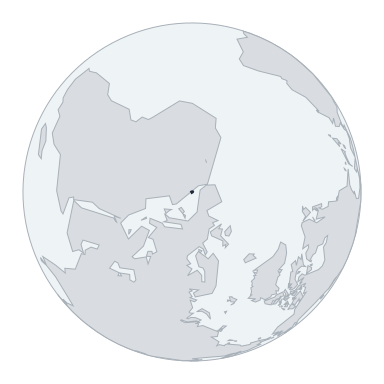 Chlef on an orthographic globe, rotated 155°
{"feature_id": "DZA-2200", "entity_name": "Chlef", "entity_type": "Province", "adm_level": 1, "iso_a3": "DZA", "parent_name": "Algeria", "parent_adm1": "", "projection": "orthographic", "projection_center": [1.303, 36.195], "detail": "fine", "context": "on_globe", "style": "filled", "palette": "slate", "viewbox_px": 384, "rotation_deg": 155, "n_neighbors": 0, "source": "natural_earth", "source_scale": "10m", "svg_char_len": 10095}
<svg xmlns="http://www.w3.org/2000/svg" viewBox="0 0 384 384"><g transform="rotate(155 192 192)"><circle cx="192" cy="192" r="169" fill="#eef3f6" stroke="#a8b0b8"/><path d="M42.3,113.6L43.3,111.8L63.0,82.9L58.7,88.2L68.5,76.7L79.3,66.1L87.4,59.4L100.9,51.3L96.5,54.2L100.3,52.4L105.9,48.7L108.8,46.9L129.3,38.7L148.9,31.5L152.7,29.3L153.8,30.1L159.3,26.6L168.4,24.8L159.6,26.9L159.8,27.3L166.7,25.8L168.5,26.0L172.8,25.5L174.3,26.0L169.0,27.7L169.9,28.2L174.7,27.2L179.2,27.3L172.0,28.7L179.1,29.3L171.7,33.3L151.1,38.2L148.4,42.3L131.0,52.9L134.0,52.9L129.3,57.5L131.0,59.4L127.3,61.2L131.9,61.2L135.0,59.2L138.0,58.6L139.3,59.7L134.8,62.0L133.5,61.9L132.9,63.2L130.0,64.0L132.2,64.2L126.5,67.2L134.0,65.9L131.1,69.7L126.8,71.3L124.9,68.9L110.2,68.2L105.3,69.8L100.4,74.1L96.1,86.5L91.6,89.5L87.4,95.3L90.9,94.4L95.5,89.7L100.9,89.8L105.9,84.5L108.8,84.0L114.8,79.8L116.4,83.0L114.7,88.5L109.8,92.3L108.9,95.0L115.7,93.7L108.5,103.5L107.2,115.2L105.1,117.7L97.2,117.8L92.0,111.4L81.8,113.2L90.9,114.9L85.4,121.8L85.6,124.4L87.4,125.8L90.4,124.4L89.1,127.6L79.5,126.7L80.6,123.8L83.6,123.9L81.2,121.2L74.7,121.4L72.4,125.4L65.1,122.8L63.3,125.7L60.8,127.1L64.0,122.5L58.0,130.9L49.0,131.8L40.7,147.0L46.1,131.5L46.4,126.4L45.9,122.1L44.5,124.5L45.8,116.6L43.7,115.9L37.8,125.2L33.3,136.2L32.3,143.4L34.3,140.6L34.9,144.6L29.5,154.3L29.7,165.0L26.8,174.1L26.2,181.8L27.5,184.8L28.5,191.8L31.0,189.1L34.2,191.0L32.4,199.3L35.6,194.6L36.4,201.4L43.8,210.9L42.8,212.0L48.8,229.7L58.1,242.4L60.2,250.3L58.9,252.9L62.7,256.8L62.8,259.2L80.7,273.7L91.9,284.8L92.9,292.6L86.3,297.3L86.6,311.5L76.4,308.8L78.1,313.5L77.6,316.1L70.9,309.8L73.3,312.2L65.1,303.5L57.5,294.3L50.6,284.5L44.4,274.3L41.2,267.9L38.0,260.9L32.5,247.7L25.4,219.4L25.3,213.8L24.6,208.0L26.8,202.8L27.6,190.3L27.2,186.5L25.9,188.3L25.8,173.7L27.6,162.7L35.9,127.3L42.3,113.6ZM38.1,151.4L38.6,168.2L36.0,163.5L36.9,163.3L37.3,157.9L37.2,150.6L35.6,147.2L38.1,151.4ZM43.6,147.8L43.3,145.6L43.9,147.2L43.6,147.8ZM109.7,46.1L105.9,48.7L100.1,52.1L103.1,49.9L109.7,46.1ZM121.0,40.6L119.6,41.6L115.6,43.0L117.6,42.0L121.0,40.6ZM155.0,28.0L151.5,29.1L154.3,28.1L155.0,28.0ZM173.1,25.4L173.6,25.1L175.6,25.0L173.1,25.4ZM113.6,78.4L114.2,79.1L112.7,79.5L113.6,78.4ZM115.6,76.0L113.5,76.0L114.1,74.9L115.4,74.9L115.6,76.0ZM179.8,25.8L182.9,25.9L178.8,26.0L179.8,25.8ZM118.0,76.3L115.5,73.0L116.7,71.1L122.7,69.7L118.0,76.3ZM184.2,26.2L192.0,26.9L193.6,26.3L193.4,28.9L186.8,27.2L181.5,27.3L184.5,26.8L184.2,26.2ZM135.4,58.1L132.2,60.3L133.7,57.6L135.4,58.1ZM135.6,56.6L135.8,49.9L141.2,47.5L140.0,50.1L146.0,46.5L148.6,48.6L145.8,51.0L141.9,52.1L145.9,52.2L135.6,56.6ZM192.0,30.5L193.1,31.1L190.9,30.8L192.0,30.5ZM139.4,58.2L138.9,56.9L143.6,54.7L145.3,56.9L143.2,56.9L139.4,58.2ZM146.4,44.7L150.1,43.6L153.2,45.0L155.1,44.8L149.1,48.5L146.4,44.7ZM142.8,57.9L146.0,58.1L145.0,60.1L140.1,59.3L142.8,57.9ZM144.0,53.3L146.3,52.4L145.6,53.6L144.0,53.3ZM143.3,68.1L142.6,66.3L145.0,65.0L143.3,68.1ZM147.3,58.0L147.6,57.3L148.5,56.7L150.4,57.3L147.3,58.0ZM151.7,49.3L152.2,50.2L154.3,47.8L156.7,48.9L152.3,51.3L155.2,50.8L155.9,51.1L151.5,52.7L151.7,49.3ZM154.8,56.0L150.0,59.7L150.7,63.1L148.6,64.3L147.9,58.7L154.8,56.0ZM153.3,53.9L153.8,55.4L150.9,56.0L148.8,55.3L153.3,53.9ZM159.9,48.9L157.4,46.6L158.5,46.2L159.9,48.9ZM155.6,56.8L156.7,55.9L156.0,56.9L155.6,56.8ZM159.2,51.1L158.2,50.3L159.4,49.9L159.2,51.1ZM159.9,54.9L158.3,56.0L156.8,55.6L159.9,54.9ZM160.0,53.1L162.0,52.7L157.3,54.7L159.4,52.7L160.0,53.1ZM160.6,50.9L160.9,50.3L160.8,51.3L160.6,50.9ZM166.4,56.2L160.8,58.9L157.5,57.8L163.4,55.3L166.4,56.2ZM236.0,28.9L231.7,28.5L214.5,27.0L222.0,27.5L221.9,28.1L225.6,28.9L230.7,29.5L230.3,29.1L246.8,35.2L262.4,40.8L257.4,37.6L258.4,37.3L271.7,43.1L296.8,59.5L297.1,59.7L302.6,64.2L303.0,64.6L300.0,62.1L306.2,67.8L302.1,64.6L308.9,71.0L310.9,72.4L306.9,68.2L314.5,75.7L315.1,76.3L323.2,85.5L330.6,95.3L337.2,105.7L343.1,116.5L345.9,122.3L346.2,122.8L350.7,134.0L354.4,145.4L354.4,145.5L356.0,151.4L357.2,156.3L356.2,152.3L352.8,142.5L354.2,149.5L352.3,144.4L347.8,139.1L348.8,149.0L351.5,172.9L354.9,187.0L354.5,196.6L346.7,183.7L341.1,172.1L339.5,176.6L330.4,171.4L318.3,182.9L315.4,180.5L313.4,184.4L306.8,184.7L302.0,180.3L298.5,183.2L311.1,194.5L314.7,191.5L316.1,182.6L319.0,187.5L325.3,188.5L322.5,207.7L302.7,234.3L298.9,224.4L273.9,201.4L273.6,197.5L273.4,197.2L273.0,196.5L272.7,203.2L267.7,198.2L283.1,216.2L286.5,224.8L302.5,235.1L301.4,237.5L306.0,238.7L318.2,226.6L318.7,230.2L314.1,250.5L295.4,281.6L296.9,293.5L293.7,304.5L279.7,316.5L278.6,323.1L271.0,328.0L269.0,331.8L261.6,337.4L250.1,343.5L233.1,347.5L233.9,344.8L228.2,340.3L221.0,325.2L227.3,315.8L226.5,308.8L214.0,293.5L216.9,283.2L213.1,279.3L205.5,281.0L200.9,276.1L196.1,276.3L164.8,279.8L154.2,272.2L139.0,248.6L143.8,240.1L142.8,229.1L174.7,192.6L183.6,194.9L211.2,187.8L215.0,188.8L214.1,198.1L236.6,205.3L241.1,196.7L259.2,197.9L269.8,194.0L269.5,176.3L252.1,182.3L246.9,175.2L258.9,163.4L273.7,158.6L272.1,155.7L260.9,152.5L262.3,145.3L256.7,150.9L260.4,153.1L257.0,156.8L253.4,155.1L254.1,152.5L249.1,152.7L247.3,165.6L250.8,169.2L238.9,174.8L243.7,181.6L241.1,185.9L232.1,176.3L231.5,172.0L216.2,162.5L215.7,167.4L230.1,176.9L226.5,176.7L226.0,184.1L223.5,178.3L207.9,167.4L195.9,171.7L183.8,190.4L176.1,192.2L168.1,188.8L169.1,170.6L186.3,168.9L186.9,163.1L180.5,155.1L186.3,155.5L185.8,152.2L192.1,151.3L198.0,142.8L203.9,141.2L203.6,131.3L206.5,129.3L205.9,135.6L208.6,139.5L223.0,136.2L224.9,133.6L223.5,127.5L227.7,127.7L224.5,122.3L231.4,118.0L220.3,118.9L218.4,112.5L221.0,106.6L218.4,104.9L214.0,114.6L214.1,118.4L217.3,121.3L215.7,132.7L211.4,135.4L205.5,124.6L198.7,127.5L197.1,118.4L209.9,96.8L216.6,91.6L233.4,95.5L233.4,99.8L227.4,100.4L235.5,105.3L233.6,102.3L237.0,102.6L236.1,97.1L238.4,97.1L233.4,92.1L236.2,91.5L239.4,94.7L240.3,86.8L245.4,84.5L244.5,82.8L242.0,81.6L250.1,79.9L249.1,78.7L246.0,78.8L241.9,76.6L237.9,72.2L240.9,71.8L242.8,73.4L251.3,76.3L255.8,80.8L256.6,80.3L253.4,76.4L243.1,72.6L239.8,70.2L244.7,71.3L242.7,70.7L242.0,69.3L244.1,67.8L238.7,66.4L227.1,54.0L230.1,50.3L235.8,52.4L230.8,44.8L234.6,42.1L231.8,42.1L227.5,39.0L226.3,39.7L224.6,39.4L213.0,32.9L212.6,31.5L204.5,29.5L203.0,29.6L202.8,30.4L193.4,28.9L193.6,26.3L196.9,26.1L194.8,24.9L202.6,25.0L208.1,24.9L217.9,26.4L221.4,26.5L220.1,26.1L224.0,26.3L235.3,28.7L236.0,28.9ZM166.4,212.3L166.1,215.7L166.1,215.8L166.4,212.3ZM291.3,161.9L298.9,157.8L292.1,149.6L294.5,147.5L291.3,145.7L291.6,149.1L283.3,143.6L285.4,138.6L282.7,134.8L280.0,136.0L277.6,146.1L289.4,153.8L289.1,159.0L291.3,161.9ZM44.1,211.1L44.8,213.8L43.5,212.3L44.1,211.1ZM34.4,166.1L35.1,168.3L35.0,170.7L34.3,169.5L34.4,166.1ZM43.0,183.5L44.4,186.5L42.5,184.8L43.0,183.5ZM38.9,170.6L41.9,181.4L38.2,179.1L36.6,172.4L38.4,175.0L38.9,170.6ZM40.8,151.5L41.0,153.4L40.1,154.5L40.8,151.5ZM44.0,149.1L43.8,148.7L44.2,146.8L44.0,149.1ZM86.0,121.9L86.7,122.0L88.0,124.1L86.3,124.2L86.0,121.9ZM100.2,127.7L97.7,132.7L98.3,129.0L95.5,129.9L93.2,123.5L103.9,118.7L99.4,121.9L100.2,127.7ZM93.1,114.3L93.3,118.5L92.7,114.1L93.1,114.3ZM177.1,136.5L180.1,138.4L179.1,142.2L171.6,145.3L173.0,139.6L177.1,136.5ZM184.6,140.2L180.9,129.3L185.4,127.4L183.5,130.2L186.9,130.0L184.7,134.7L192.7,143.9L192.3,148.0L178.7,150.7L183.3,147.4L180.1,145.6L184.6,140.2ZM163.4,108.7L161.8,105.0L173.6,105.3L173.7,108.8L166.3,111.8L161.8,109.5L163.4,108.7ZM129.0,75.0L127.6,74.3L128.9,73.5L131.0,73.5L129.0,75.0ZM142.8,67.4L136.2,77.7L134.3,77.3L132.8,84.3L127.2,86.1L128.4,81.4L122.9,88.3L121.7,84.7L118.6,89.7L121.8,79.0L120.6,76.4L124.1,78.5L129.3,76.9L131.2,75.4L135.5,69.5L135.4,63.5L140.5,61.3L144.1,61.4L144.9,62.5L141.4,63.5L145.0,64.2L140.5,66.5L142.8,67.4ZM183.9,68.4L179.4,68.2L186.0,71.9L181.5,73.5L182.6,73.8L180.2,76.4L179.1,80.3L176.7,80.6L177.4,82.0L175.8,83.9L175.9,86.0L171.6,87.4L171.3,90.2L169.4,89.3L170.1,93.7L167.7,91.1L165.5,93.6L169.0,94.8L145.9,99.2L138.0,103.7L132.8,109.2L129.4,104.4L132.1,96.6L138.2,88.3L146.2,84.9L143.2,83.6L146.2,81.7L147.3,83.5L147.3,79.6L150.1,78.6L155.4,72.5L153.8,68.0L155.7,65.8L157.7,67.1L158.3,64.1L163.4,65.1L164.9,63.7L171.4,63.5L174.4,67.2L175.9,65.3L180.9,65.4L183.9,68.4ZM168.2,56.3L172.9,59.8L172.7,62.6L161.4,61.8L159.3,62.9L152.0,63.0L152.5,59.1L154.5,59.4L156.6,58.8L155.6,60.3L157.9,58.7L160.8,59.2L163.4,58.1L164.2,59.5L168.2,56.3ZM218.0,184.8L220.7,184.7L224.6,183.6L224.3,188.4L218.0,184.8ZM207.2,177.5L209.5,176.5L211.1,182.4L208.2,182.6L207.2,177.5ZM209.4,171.2L209.5,176.0L207.8,173.6L209.4,171.2ZM207.8,134.6L210.1,133.4L210.8,134.7L210.2,137.1L207.8,134.6ZM202.5,81.2L200.0,80.2L200.3,79.4L196.8,75.6L199.9,74.3L203.2,76.1L202.5,81.2ZM267.3,180.3L265.1,184.5L263.1,183.6L264.3,182.3L267.3,180.3ZM244.3,187.3L250.2,187.9L244.1,188.7L244.3,187.3ZM205.3,79.1L203.5,77.6L206.1,78.0L205.3,79.1ZM202.0,73.2L204.8,73.2L199.9,73.7L202.0,73.2ZM315.4,290.8L301.8,312.6L295.9,316.0L296.7,312.0L302.9,300.0L310.4,292.9L314.6,285.9L315.4,290.8ZM355.3,187.8L357.5,193.3L357.0,196.7L355.3,187.8ZM229.0,68.9L230.4,75.4L233.5,79.8L238.4,81.6L232.1,82.0L227.3,75.2L229.0,68.9ZM227.0,55.7L222.7,54.5L224.1,53.5L225.3,53.7L227.0,55.7ZM224.7,56.1L220.3,57.6L217.6,56.0L221.6,55.1L224.7,56.1ZM213.0,67.8L213.2,69.7L211.0,69.3L213.0,67.8ZM265.1,39.7L265.4,39.8L256.4,36.7L253.5,35.8L258.2,36.6L260.0,37.4L262.9,38.7L263.4,38.8L265.1,39.7ZM194.5,30.7L193.2,31.1L193.3,30.5L194.5,30.7ZM224.0,39.9L221.7,39.5L221.8,38.7L224.0,39.9ZM215.5,38.1L216.9,39.3L214.1,38.1L215.5,38.1ZM220.4,42.2L216.9,39.9L222.0,42.0L220.4,42.2Z" fill="#d9dde1" stroke="#a8b0b8" stroke-width="1"/><path d="M190.7,191.6L190.8,191.5L191.0,191.5L191.0,191.4L191.2,191.2L191.3,191.2L191.6,191.1L191.8,191.1L192.0,191.0L192.3,191.0L192.5,191.0L192.9,191.0L192.8,191.3L192.6,191.4L192.6,191.5L192.7,191.8L192.8,191.9L192.8,192.0L192.7,192.1L192.8,192.2L192.8,192.3L192.9,192.6L193.0,192.6L193.0,192.8L192.9,192.8L192.7,192.7L192.5,192.8L192.4,192.8L192.3,193.0L192.2,193.0L192.3,193.0L192.2,193.0L192.1,192.9L192.0,192.7L191.9,192.7L191.7,192.7L191.4,192.6L191.2,192.5L191.1,192.4L191.1,192.2L190.8,192.0L190.7,192.1L190.6,191.7L190.7,191.6Z" fill="#64748b" stroke="#1e293b" stroke-width="1.5"/></g></svg>